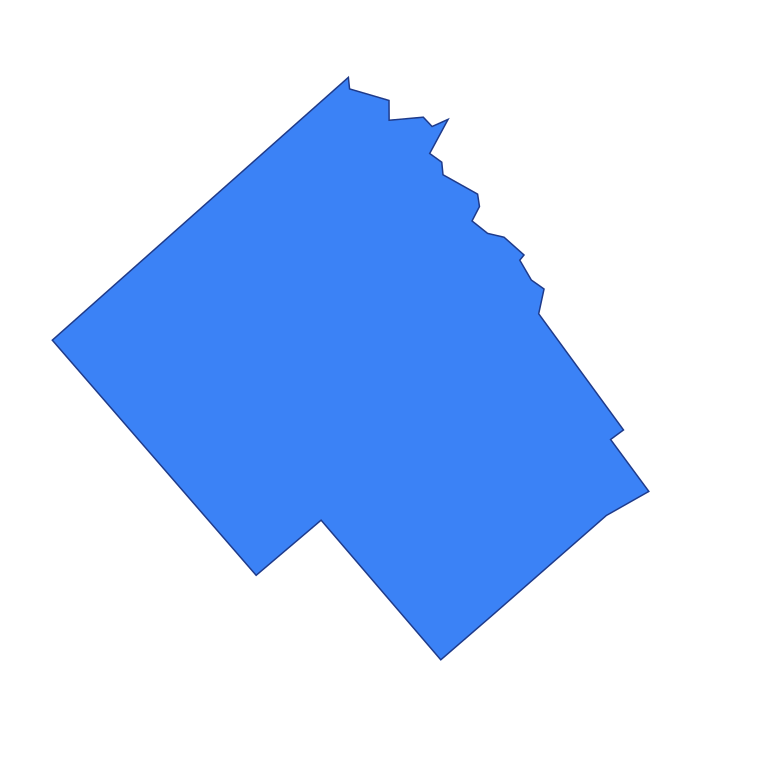 outline of Real, Texas, United States of America, rotated 139°
{"feature_id": "52423323B52683952870677", "entity_name": "Real", "entity_type": "district", "adm_level": 2, "iso_a3": "USA", "parent_name": "United States of America", "parent_adm1": "Texas", "projection": "mercator", "projection_center": [-99.949, 29.853], "detail": "fine", "context": "isolated", "style": "filled", "palette": "blue", "viewbox_px": 768, "rotation_deg": 139, "n_neighbors": 0, "source": "geoboundaries", "source_scale": "gbopen_adm2", "svg_char_len": 531}
<svg xmlns="http://www.w3.org/2000/svg" viewBox="0 0 768 768"><g transform="rotate(139 384 384)"><path d="M456.8,138.4L302.4,138.9L254.6,129.2L249.4,193.5L233.4,192.2L221.2,335.5L200.9,350.7L204.6,365.8L200.3,388.4L193.7,389.5L197.1,416.0L207.0,429.7L210.6,449.3L195.5,455.3L188.8,465.9L202.2,503.2L194.9,513.5L198.3,528.0L162.0,541.7L178.8,546.8L179.3,559.6L207.1,579.7L194.2,594.7L216.4,629.3L209.7,638.8L605.6,634.7L606.0,323.5L520.8,322.5L522.1,138.6L456.8,138.4Z" fill="#3b82f6" stroke="#1e3a8a" stroke-width="1.5"/></g></svg>